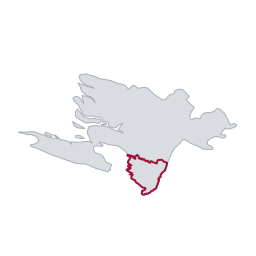 Sylhet highlighted on a map of Bangladesh, rotated 115°
{"feature_id": "BGD-2488", "entity_name": "Sylhet", "entity_type": "Division", "adm_level": 1, "iso_a3": "BGD", "parent_name": "Bangladesh", "parent_adm1": "", "projection": "equal_earth", "projection_center": [91.663, 24.595], "detail": "fine", "context": "in_parent", "style": "outline", "palette": "rose", "viewbox_px": 256, "rotation_deg": 115, "n_neighbors": 0, "source": "natural_earth", "source_scale": "10m", "svg_char_len": 6550}
<svg xmlns="http://www.w3.org/2000/svg" viewBox="0 0 256 256"><g transform="rotate(115 128 128)"><path d="M95.3,181.1L95.3,174.9L92.1,162.8L92.3,161.5L91.7,155.7L90.9,152.4L90.5,149.0L92.5,144.1L91.7,143.3L87.4,141.8L86.8,140.5L87.8,135.7L84.7,131.1L83.5,127.6L86.9,116.6L87.8,108.9L87.6,107.4L85.6,105.7L82.0,105.0L79.4,103.6L78.0,101.4L76.7,100.6L75.2,101.2L73.2,100.4L71.5,98.2L70.2,95.6L70.7,92.7L73.4,86.0L74.4,85.8L76.7,87.1L77.5,87.1L79.0,84.4L81.2,76.8L88.4,77.5L90.2,77.2L92.0,76.6L93.0,75.7L93.6,74.4L93.4,73.4L91.2,72.0L90.3,70.9L89.7,67.9L89.1,66.7L84.7,66.6L82.4,65.2L81.2,63.9L79.0,59.8L76.3,56.7L73.7,56.0L72.6,55.0L72.1,53.4L72.5,51.2L73.8,46.8L81.1,37.4L81.3,36.4L81.1,35.2L79.0,33.6L78.8,32.9L79.4,30.9L80.6,30.7L83.1,32.5L85.6,35.4L87.1,38.0L87.1,40.0L89.1,40.4L90.7,41.3L92.5,41.0L93.5,41.5L94.3,41.4L94.6,40.2L93.2,37.2L93.9,36.0L95.5,36.1L96.7,37.2L97.6,39.4L97.7,43.0L99.6,46.2L102.2,48.5L104.2,49.5L106.6,50.3L108.7,49.5L109.7,47.3L109.3,45.3L109.6,43.5L110.4,42.5L111.7,42.6L112.7,44.0L115.5,51.7L114.9,55.1L115.4,64.4L114.7,70.6L115.1,72.9L115.6,73.3L119.9,74.5L126.0,76.9L130.7,77.8L152.1,77.2L156.7,78.4L171.0,77.5L174.8,79.4L179.1,82.6L181.5,85.0L181.9,86.4L181.6,87.5L180.8,88.2L179.4,88.2L176.0,86.6L175.5,87.1L175.4,90.8L172.7,100.1L172.3,103.0L171.4,104.1L168.5,104.7L166.7,110.1L165.9,110.8L164.1,109.6L162.9,109.8L161.5,110.3L160.0,111.5L159.0,113.1L157.9,113.6L153.9,113.5L153.1,116.1L150.5,119.4L148.7,128.1L148.8,130.8L151.0,137.8L152.5,146.9L153.1,147.8L153.9,147.9L153.9,143.7L154.7,143.2L155.6,143.6L157.5,149.2L158.5,150.7L160.2,151.1L162.1,150.2L163.5,148.6L164.1,146.8L163.6,140.7L164.5,138.2L167.7,134.5L168.2,133.4L168.0,127.3L169.2,127.0L170.9,127.5L173.0,126.1L173.6,126.0L174.5,127.6L176.0,127.3L178.2,139.5L178.4,148.0L178.9,152.8L179.7,153.9L182.2,161.0L184.6,186.2L184.9,202.3L185.8,207.8L185.0,209.0L184.2,209.2L183.5,207.3L178.2,203.2L176.9,203.6L175.1,206.0L174.4,208.2L174.7,211.3L175.3,214.3L176.6,216.1L176.7,218.0L178.1,225.3L177.7,225.3L174.8,218.7L171.3,212.2L170.1,200.6L170.0,194.9L167.6,188.2L165.4,176.5L166.4,172.3L164.7,174.1L162.1,167.1L157.9,160.3L156.7,157.2L156.7,154.3L154.9,157.2L152.5,159.3L150.0,162.5L148.4,163.4L143.2,164.0L140.2,159.8L135.9,149.5L135.4,147.2L136.0,141.2L135.0,135.5L134.7,130.4L133.9,130.9L133.6,132.3L133.8,134.4L133.5,136.2L126.3,135.0L129.3,138.0L132.6,138.7L134.3,141.4L134.4,145.9L131.2,148.6L131.4,150.8L133.3,153.6L131.0,154.4L130.4,156.2L130.3,158.8L131.9,162.7L131.7,164.3L134.4,169.5L134.9,171.9L134.2,175.5L128.3,182.6L126.5,187.6L125.1,190.0L123.3,190.4L121.1,188.0L121.0,185.6L121.5,183.6L124.6,178.9L122.9,179.5L118.1,183.4L117.2,180.3L116.6,177.4L116.6,173.8L119.0,168.4L116.3,171.1L115.6,174.4L115.9,178.4L115.6,181.1L114.5,184.8L113.1,187.0L110.9,188.4L109.8,190.5L108.3,192.1L107.8,184.8L106.3,174.9L105.9,177.0L106.7,183.1L106.6,187.1L105.4,190.3L102.9,193.7L101.0,194.2L99.9,193.6L96.4,188.5L96.1,183.7L95.3,181.1ZM138.9,181.2L134.5,182.4L132.3,182.0L136.5,173.1L136.4,169.1L135.7,165.9L133.6,163.3L133.5,161.4L132.6,158.9L132.1,155.9L134.4,155.0L136.3,156.7L137.0,160.1L138.0,162.6L141.2,167.8L141.2,171.0L140.3,178.8L138.9,181.2ZM148.4,178.3L145.7,180.7L146.6,166.6L148.6,171.8L149.1,174.6L148.4,178.3ZM158.6,171.3L157.5,172.3L156.4,171.4L155.0,168.1L155.7,163.9L156.1,163.3L157.8,167.6L158.6,171.3ZM168.6,200.9L167.0,201.1L166.3,200.1L166.6,198.7L166.2,194.1L168.2,193.6L168.9,197.5L168.6,200.9ZM166.9,188.2L165.7,192.7L165.3,190.7L166.1,186.7L166.9,188.2ZM135.6,151.6L136.0,153.1L133.6,151.2L132.9,149.9L134.0,149.2L135.6,151.6Z" fill="#d9dde1" stroke="#a8b0b8" stroke-width="1"/><path d="M173.5,98.5L173.2,98.8L172.8,99.0L172.5,99.4L172.4,100.0L172.5,102.1L172.4,103.0L172.0,103.9L171.3,104.2L170.6,104.3L168.5,104.1L168.5,104.5L169.0,105.6L169.1,106.1L168.6,105.8L168.0,105.4L167.8,105.1L167.2,105.3L167.2,105.9L167.4,107.3L167.4,107.9L166.9,110.8L166.7,111.4L166.4,111.6L165.9,111.5L165.1,110.5L165.0,110.2L165.0,109.5L164.9,109.3L164.7,109.2L163.1,108.8L162.8,109.3L162.9,109.9L163.0,110.6L163.1,111.2L162.8,111.7L162.3,111.9L161.8,111.8L161.4,111.4L161.2,110.9L160.7,109.6L160.5,109.4L160.3,109.8L160.1,112.0L159.9,112.7L159.6,113.2L159.3,113.5L158.7,113.7L157.7,113.8L156.7,113.7L154.8,113.2L153.8,113.3L153.5,114.2L153.4,115.5L153.2,116.8L152.9,117.1L152.6,117.0L152.4,116.9L152.4,116.7L152.5,116.2L152.5,115.9L152.4,115.6L152.2,115.3L152.0,114.8L152.0,114.5L151.9,114.2L151.9,113.9L151.8,113.3L151.9,112.9L151.8,112.6L151.7,112.3L151.5,111.8L151.5,111.5L151.6,111.2L151.8,110.9L152.5,110.8L152.6,110.7L151.9,110.2L151.7,110.2L151.8,109.9L152.6,109.3L152.9,108.9L153.0,108.8L153.0,108.7L152.9,108.5L152.7,108.4L152.4,108.5L152.2,108.6L151.2,109.5L150.6,109.4L148.5,108.1L148.7,107.7L148.9,107.4L149.3,106.3L150.1,105.8L150.7,105.4L150.3,104.7L150.6,104.3L150.8,104.2L150.9,103.9L150.9,103.7L150.7,103.4L150.6,103.2L150.0,102.6L150.5,102.3L150.5,101.8L150.4,101.7L150.4,101.0L150.1,100.9L149.8,100.9L149.6,100.7L149.4,100.4L149.4,100.2L149.5,100.1L149.7,99.9L149.9,99.5L150.1,98.9L150.5,97.8L150.0,97.5L149.9,97.3L149.8,97.1L149.6,96.8L149.3,96.3L149.3,96.0L149.4,95.9L149.7,95.8L149.9,95.7L150.0,95.5L150.0,95.3L150.0,95.1L150.0,94.9L150.1,94.7L150.3,94.3L150.3,94.0L150.2,93.6L150.0,93.4L149.8,93.2L149.0,93.2L148.8,93.2L148.7,93.2L148.6,93.3L148.4,93.2L148.3,92.6L148.4,90.8L148.3,89.3L148.2,88.6L147.9,87.1L144.9,87.5L144.2,87.1L142.5,83.8L142.8,82.6L143.0,82.1L143.3,81.6L143.4,81.2L143.4,80.8L143.0,79.3L143.1,77.9L143.3,77.9L144.1,77.5L148.1,76.7L149.5,76.8L149.8,76.7L150.4,76.4L150.6,76.4L151.8,77.1L155.5,78.5L156.5,78.6L156.8,78.6L157.3,78.4L157.5,78.4L157.8,78.3L158.2,77.8L158.5,77.7L158.9,77.8L159.1,78.0L159.2,78.4L159.6,78.8L160.1,78.9L160.7,79.0L161.3,78.9L161.5,78.6L161.7,78.0L162.0,78.0L162.3,78.2L162.5,78.3L162.7,78.1L162.8,77.7L163.0,77.5L163.4,77.5L164.6,77.6L167.2,77.2L168.6,77.4L169.1,77.3L169.8,77.0L170.6,77.0L171.4,77.3L172.1,77.6L172.2,77.8L172.5,78.3L172.6,78.5L172.8,78.5L173.2,78.6L173.4,78.7L173.5,78.8L173.8,78.7L174.0,78.7L174.2,78.9L174.6,79.5L174.9,79.8L175.2,80.1L175.6,80.3L176.0,80.4L177.3,80.6L177.5,80.8L177.9,81.5L178.6,81.9L179.3,82.3L179.4,83.0L179.4,83.3L179.6,83.4L180.0,83.5L180.9,84.4L181.1,84.5L181.0,84.9L181.6,85.2L181.8,85.5L182.0,86.1L182.1,86.6L182.0,87.0L181.7,87.7L180.8,88.0L179.3,88.6L179.0,88.6L178.8,88.5L178.8,88.4L178.7,88.3L178.7,88.0L177.0,86.8L176.0,86.4L175.3,86.8L175.2,87.3L175.3,87.9L175.6,89.0L175.7,89.5L175.7,90.1L175.6,90.6L174.3,94.9L174.1,96.3L174.0,97.4L173.8,97.9L173.6,98.4L173.5,98.5Z" fill="none" stroke="#9f1239" stroke-width="2"/></g></svg>